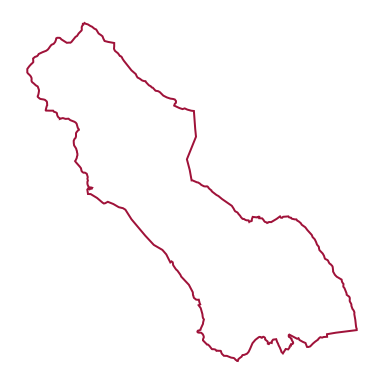 Manastirea Humorului, Suceava, Romania
{"feature_id": "2599482B27977460060406", "entity_name": "Manastirea Humorului", "entity_type": "district", "adm_level": 2, "iso_a3": "ROU", "parent_name": "Romania", "parent_adm1": "Suceava", "projection": "albers", "projection_center": [25.791, 47.644], "detail": "fine", "context": "isolated", "style": "outline", "palette": "rose", "viewbox_px": 384, "rotation_deg": 0, "n_neighbors": 0, "source": "geoboundaries", "source_scale": "gbopen_adm2", "svg_char_len": 5865}
<svg xmlns="http://www.w3.org/2000/svg" viewBox="0 0 384 384"><path d="M237.0,360.9L237.8,361.0L238.5,359.0L240.8,357.2L241.4,356.9L242.5,355.1L244.4,354.8L247.0,353.7L248.6,351.9L250.1,348.8L252.5,343.2L255.4,339.8L258.8,337.2L259.6,336.9L260.6,337.0L260.9,337.1L261.3,337.7L261.9,337.8L262.9,336.9L263.6,336.8L264.8,337.6L265.2,338.4L265.1,339.2L265.2,339.5L267.6,341.5L267.8,342.3L267.8,343.7L268.6,344.1L268.9,344.1L269.7,343.0L270.3,342.6L271.7,343.0L272.0,341.1L272.7,340.1L273.2,339.6L276.2,339.2L277.1,341.9L278.0,343.6L278.7,345.5L279.8,347.5L281.2,350.9L281.3,351.7L282.9,353.4L285.7,349.0L288.2,349.4L289.7,347.3L289.6,346.6L290.8,344.6L291.1,345.0L291.2,344.7L292.3,343.7L292.5,343.9L292.8,343.7L293.2,343.0L292.8,341.6L291.9,340.5L291.6,338.9L291.4,338.7L290.9,338.6L290.5,337.7L289.0,336.9L288.9,336.3L288.7,336.1L288.8,335.0L289.3,334.6L297.2,338.8L298.5,338.2L299.5,340.0L302.9,341.9L305.5,343.0L307.0,346.9L308.3,347.0L310.2,346.4L312.9,343.6L315.0,341.8L318.2,339.5L318.5,338.7L320.3,337.2L322.1,337.6L323.7,337.0L327.1,336.8L327.0,334.2L335.9,332.7L356.7,330.1L356.7,328.7L356.3,327.8L356.0,326.1L355.3,319.8L354.3,314.2L354.4,312.3L353.9,311.0L353.1,309.6L352.5,309.0L351.4,305.9L351.4,304.6L351.1,303.7L349.9,301.6L349.7,300.8L349.8,298.5L349.7,297.7L349.2,296.7L346.7,294.8L346.5,293.2L344.5,288.2L343.4,286.8L343.3,286.2L343.5,284.0L342.3,282.4L341.8,280.9L341.6,279.6L336.7,276.7L334.9,274.8L333.1,271.6L333.1,270.6L332.8,267.9L332.6,266.7L332.2,265.9L330.6,264.2L329.6,263.6L328.9,262.5L328.0,260.6L327.5,260.1L325.2,258.9L324.9,258.6L324.5,257.5L324.0,255.8L322.7,253.5L319.5,250.2L319.0,248.4L318.9,247.2L318.6,246.5L317.0,244.6L316.1,242.1L315.0,239.8L314.5,239.0L312.6,237.1L311.8,235.0L307.3,230.0L305.3,227.3L301.7,224.7L300.8,223.2L298.7,221.4L297.2,220.6L296.4,219.4L294.9,219.4L292.6,218.9L291.6,218.6L291.2,218.2L291.1,217.8L289.0,217.3L288.4,216.4L283.2,216.8L282.7,217.1L282.3,217.7L281.9,217.8L280.8,217.6L280.0,216.4L276.6,218.9L271.2,222.1L269.0,222.0L268.3,222.5L267.4,222.5L267.3,222.9L267.1,223.0L266.5,222.4L265.0,221.9L264.2,221.1L263.4,219.8L262.2,218.4L259.2,218.2L259.3,216.8L258.6,216.7L258.3,216.9L257.6,217.0L257.5,217.3L256.9,217.4L252.7,216.9L251.8,219.5L251.8,220.8L250.8,221.3L249.8,221.3L249.2,221.9L248.5,220.4L246.5,220.3L245.4,219.9L243.8,218.9L243.2,219.0L242.5,218.8L240.9,217.1L240.2,215.9L238.1,213.5L237.9,213.0L237.3,212.4L235.2,211.3L234.5,210.3L233.7,208.7L231.8,205.8L222.0,199.0L218.4,196.0L216.5,195.0L211.7,191.3L211.5,190.5L209.6,189.0L208.4,187.7L208.2,187.2L207.6,186.6L206.9,186.3L206.1,186.5L204.0,186.3L201.3,184.9L199.9,183.6L198.1,182.5L196.9,182.3L192.3,180.3L191.6,180.4L189.7,169.9L186.9,159.3L196.0,136.7L195.2,128.8L193.9,111.0L191.3,110.7L187.3,109.6L184.7,108.4L182.5,109.1L179.3,108.0L174.2,105.6L174.8,103.8L175.9,102.8L176.0,101.1L174.8,99.5L173.2,99.0L170.4,98.6L166.8,97.4L163.3,95.6L159.8,92.1L158.2,91.2L155.5,90.7L152.8,87.7L151.7,87.4L150.8,86.3L148.9,85.3L146.1,82.3L145.5,81.2L144.2,81.1L142.2,80.5L139.8,78.7L137.5,77.5L136.4,75.6L135.8,74.1L131.5,70.4L123.9,60.8L122.3,58.4L122.0,57.4L120.6,56.1L119.9,56.0L118.0,53.3L115.1,51.0L114.3,49.6L114.0,48.6L114.2,46.2L114.2,43.0L108.1,41.9L104.6,41.0L103.4,38.7L102.5,36.3L101.0,35.1L98.6,33.5L96.2,29.5L94.4,28.7L92.0,26.7L90.4,26.0L87.9,24.4L85.1,23.6L84.6,23.0L83.7,23.7L82.9,23.8L82.9,24.0L83.4,24.3L83.3,24.7L82.5,25.3L81.7,27.1L81.8,29.7L81.6,30.4L78.6,33.5L77.1,35.9L75.5,36.9L71.4,42.0L70.4,42.7L69.2,42.6L66.8,42.8L61.4,39.4L60.2,38.1L59.3,37.8L57.2,37.8L56.2,38.4L56.1,39.4L55.2,41.9L53.7,43.8L51.5,44.8L50.3,46.2L48.7,48.5L47.7,49.7L46.1,50.8L42.5,52.2L38.7,54.0L37.8,55.5L36.8,56.3L35.0,56.9L33.1,58.5L33.3,62.0L32.2,63.4L31.7,63.6L29.4,66.1L27.4,68.8L27.3,69.0L27.3,72.5L27.9,73.4L29.8,75.2L30.8,76.4L31.5,77.9L31.6,78.8L31.5,80.7L31.8,81.6L32.3,82.3L33.5,83.2L35.9,85.4L37.6,86.4L37.8,86.7L38.9,89.8L39.0,90.9L38.5,93.9L38.1,95.3L37.7,96.2L37.7,96.5L37.8,96.9L39.7,98.6L40.7,99.0L43.8,99.5L45.0,99.9L46.6,101.3L47.0,102.1L47.2,105.3L46.8,105.9L46.1,108.4L45.7,110.2L46.0,110.6L53.2,110.7L53.7,111.5L54.1,111.8L55.7,112.3L56.5,112.8L56.9,113.2L57.2,115.1L57.6,116.1L58.5,117.5L60.1,118.4L60.0,118.9L62.5,118.1L63.0,118.1L65.5,118.9L68.5,118.7L70.2,120.1L74.5,121.8L75.7,122.6L76.6,123.7L77.8,127.9L78.8,129.3L78.9,129.8L78.3,130.1L76.3,132.5L76.0,133.3L76.0,136.3L75.6,137.8L74.5,139.0L73.7,140.8L73.8,143.3L74.1,145.4L76.1,148.5L76.5,150.0L76.9,151.0L77.0,152.2L77.4,153.7L77.4,155.4L77.0,156.4L76.7,158.1L75.4,160.8L75.1,161.1L75.7,162.0L79.9,166.8L81.0,168.3L81.5,170.8L82.5,172.1L83.5,172.7L84.8,172.6L86.7,173.7L86.9,174.2L87.7,176.9L87.7,177.5L87.4,178.7L87.9,180.7L87.4,181.8L87.4,183.3L87.6,184.8L88.2,185.8L88.3,186.6L89.5,187.4L90.2,187.5L90.8,187.4L92.2,187.8L91.7,188.7L90.8,188.5L89.6,189.4L88.0,188.7L87.5,189.3L87.3,189.6L88.0,194.0L90.7,194.1L97.1,198.0L102.6,202.7L103.9,203.5L105.2,203.2L107.8,201.8L113.3,204.0L118.8,207.2L123.0,208.2L125.4,209.7L131.5,219.3L145.2,235.6L153.8,244.9L162.4,249.9L166.3,254.4L170.3,262.4L171.5,261.4L172.7,262.3L173.2,265.2L174.9,267.8L176.1,269.5L177.4,270.6L180.4,274.8L181.2,276.6L188.9,284.8L192.8,292.3L193.0,295.1L193.5,296.1L193.5,296.7L194.0,297.9L196.1,299.6L197.7,299.8L198.8,299.7L199.6,303.0L200.2,304.4L198.6,305.2L200.7,308.1L202.4,314.1L202.7,316.8L203.0,318.0L203.9,319.4L203.1,322.5L203.0,323.8L200.6,329.0L200.6,329.7L199.5,330.3L198.1,330.6L197.6,331.1L197.4,331.8L197.8,332.3L198.1,332.5L199.2,332.7L200.8,332.7L201.4,332.9L202.9,334.4L203.7,336.3L203.8,337.3L203.0,339.3L203.0,340.4L207.1,344.6L207.6,344.5L208.1,344.7L209.4,345.9L211.8,349.0L212.2,349.2L213.7,349.2L215.1,349.5L215.7,349.8L216.4,350.8L216.7,350.9L217.8,350.6L218.3,350.8L220.3,350.8L221.0,351.2L221.2,352.3L221.9,353.8L223.9,355.8L226.9,355.9L231.1,357.6L233.7,358.0L234.5,358.5L235.7,359.9L236.5,360.3L237.0,360.9Z" fill="none" stroke="#9f1239" stroke-width="2"/></svg>